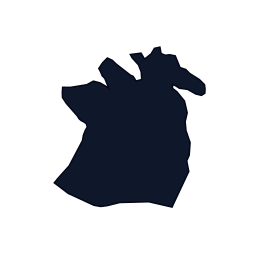 Bururi, Albers equal-area conic projection, rotated 299°
{"feature_id": "BDI-2637", "entity_name": "Bururi", "entity_type": "Province", "adm_level": 1, "iso_a3": "BDI", "parent_name": "Burundi", "parent_adm1": "", "projection": "albers", "projection_center": [29.663, -3.868], "detail": "fine", "context": "isolated", "style": "filled", "palette": "ink", "viewbox_px": 256, "rotation_deg": 299, "n_neighbors": 0, "source": "natural_earth", "source_scale": "10m", "svg_char_len": 1075}
<svg xmlns="http://www.w3.org/2000/svg" viewBox="0 0 256 256"><g transform="rotate(299 128 128)"><path d="M80.2,204.9L73.6,182.0L58.9,157.0L49.8,147.2L46.1,142.1L43.9,135.7L41.8,107.5L44.3,90.1L50.3,91.2L66.5,94.9L94.9,94.3L100.0,92.5L105.3,91.8L109.1,91.9L111.6,89.4L111.9,86.4L111.8,83.4L112.4,80.6L113.9,78.1L119.6,62.2L122.9,55.9L127.3,53.3L131.9,51.1L135.8,58.2L145.9,71.0L152.2,75.0L153.9,81.6L153.7,91.7L160.2,83.5L161.2,80.1L163.7,77.0L165.9,73.6L172.8,74.2L179.2,76.0L179.6,81.3L178.2,86.7L175.4,104.5L175.7,107.3L174.5,109.7L172.9,112.1L177.0,116.5L183.4,112.4L188.3,106.6L191.3,97.8L193.4,94.4L199.8,103.1L196.3,109.1L204.1,112.3L210.5,112.5L214.2,116.7L209.2,120.8L209.7,125.3L212.3,129.0L214.0,134.3L206.1,144.2L207.2,150.1L205.6,155.6L205.0,166.8L203.0,173.9L199.6,176.4L195.7,178.3L192.2,176.5L190.6,170.7L190.7,161.4L187.7,153.7L188.0,149.4L187.7,145.9L184.3,147.7L183.4,153.2L179.0,164.3L170.0,172.4L161.3,174.9L153.8,180.0L145.3,189.4L133.9,194.7L127.7,195.3L119.5,202.2L83.3,204.6L80.2,204.9Z" fill="#0f172a" stroke="#020617" stroke-width="1.5"/></g></svg>